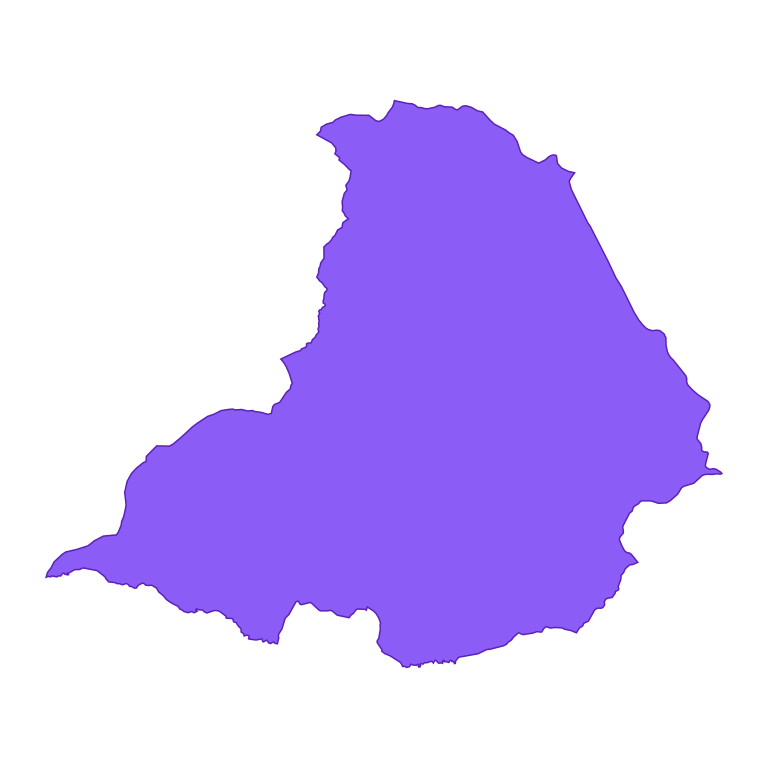 Iedera, Dâmbovita, Romania (Natural Earth projection)
{"feature_id": "2599482B64080351201146", "entity_name": "Iedera", "entity_type": "district", "adm_level": 2, "iso_a3": "ROU", "parent_name": "Romania", "parent_adm1": "Dâmbovita", "projection": "natural_earth1", "projection_center": [25.641, 45.048], "detail": "fine", "context": "isolated", "style": "filled", "palette": "violet", "viewbox_px": 768, "rotation_deg": 0, "n_neighbors": 0, "source": "geoboundaries", "source_scale": "gbopen_adm2", "svg_char_len": 6101}
<svg xmlns="http://www.w3.org/2000/svg" viewBox="0 0 768 768"><path d="M576.4,632.8L579.5,627.9L582.6,626.0L583.9,623.2L588.3,621.2L594.9,609.6L597.3,608.2L601.4,608.2L602.9,607.4L604.6,605.1L604.4,601.7L605.7,599.2L607.9,598.2L612.1,597.5L615.0,593.6L615.5,591.5L618.5,589.9L618.8,588.9L618.2,586.5L620.8,579.5L621.1,575.3L623.5,572.7L625.2,568.9L629.6,564.9L633.1,564.4L637.8,562.3L631.3,554.3L629.6,553.1L627.2,552.7L624.6,550.9L621.8,545.7L619.3,539.5L620.0,537.0L623.2,533.2L623.4,531.3L622.7,527.1L623.3,525.3L629.6,513.0L632.0,511.3L633.1,507.9L634.4,506.1L638.3,503.9L640.3,501.6L642.0,500.8L651.2,500.9L658.3,503.3L666.5,502.9L670.1,500.8L677.7,494.1L681.6,487.7L683.8,486.3L693.8,483.2L702.2,475.5L705.7,474.3L712.6,474.4L716.5,473.8L720.6,474.1L721.9,473.6L720.8,472.2L716.0,469.2L713.6,468.7L709.5,469.3L706.2,467.4L705.4,465.7L705.4,464.6L708.3,453.3L707.0,452.0L704.0,451.9L702.2,451.0L701.6,449.8L701.7,446.9L700.8,443.6L697.0,438.8L697.2,436.4L700.5,423.7L702.3,419.9L708.8,410.1L709.8,407.0L709.8,404.4L708.0,401.5L697.9,394.7L692.4,389.9L688.0,385.2L686.7,382.2L686.7,378.2L685.7,375.6L673.3,360.1L670.5,357.4L668.5,354.3L667.3,351.4L666.0,345.1L665.9,337.8L663.9,333.7L659.8,330.6L656.4,330.2L652.5,330.7L648.7,329.7L646.2,328.3L642.6,324.8L638.7,319.9L634.2,312.5L621.4,286.6L615.9,277.9L608.2,261.5L590.0,225.9L587.7,222.7L571.4,189.6L569.3,182.0L569.4,180.9L570.6,178.4L574.6,172.8L568.2,171.3L561.5,168.0L557.5,163.4L556.4,155.8L555.5,155.1L553.0,155.0L550.9,155.6L548.9,156.7L545.1,160.0L538.6,163.1L526.7,157.4L522.6,154.6L520.6,152.1L517.1,141.4L513.3,135.3L509.1,132.8L505.7,130.1L494.4,124.2L490.2,120.3L482.7,112.0L477.4,110.8L471.1,107.2L466.1,105.8L462.7,106.1L457.4,109.9L455.5,109.4L452.1,107.1L444.5,106.8L440.5,105.3L438.2,105.5L435.0,107.2L427.9,108.7L425.2,108.7L420.9,107.5L418.1,107.6L415.1,105.2L412.0,103.7L407.8,103.5L394.4,100.6L393.7,103.9L392.4,107.1L388.0,112.9L386.8,115.4L383.5,119.2L379.1,121.5L375.9,120.7L368.9,115.3L356.4,115.2L350.3,114.4L340.7,117.3L335.0,120.2L332.9,122.4L326.8,124.0L321.2,127.2L320.5,131.1L316.8,134.8L331.8,143.0L335.7,147.8L336.0,150.9L334.9,153.8L339.3,157.4L339.6,158.0L339.0,160.0L344.8,164.7L349.6,169.8L351.1,170.6L350.1,177.2L348.9,181.1L345.8,185.3L347.1,189.9L344.3,193.4L342.1,201.6L342.6,206.7L342.3,210.9L343.8,212.7L345.3,215.9L348.3,218.8L343.2,222.4L342.6,223.6L342.1,227.3L337.6,230.0L335.1,235.2L332.4,237.7L332.2,238.9L329.2,242.5L327.0,243.9L323.9,246.9L324.0,258.2L320.7,263.0L320.0,266.6L318.9,268.5L318.5,272.9L316.8,277.1L319.8,281.1L322.1,282.7L325.2,287.2L327.0,288.4L327.1,289.0L326.6,290.5L324.7,292.5L324.2,294.3L323.9,298.7L323.2,300.6L323.2,303.0L324.7,303.9L325.2,305.1L324.7,306.3L322.4,307.4L321.2,309.6L319.8,309.9L318.7,311.2L319.6,313.7L318.2,316.3L318.7,317.2L318.7,319.3L319.2,321.0L318.6,323.2L319.0,326.7L318.1,328.4L318.2,330.4L318.9,331.4L318.6,332.2L316.3,334.8L314.9,337.6L312.5,339.5L311.1,342.8L307.4,343.2L306.5,343.9L306.7,346.0L305.4,347.4L301.7,348.8L300.4,350.6L295.5,352.1L280.8,359.1L283.8,362.6L286.1,366.4L289.2,373.5L292.3,383.4L291.1,385.0L290.1,389.1L286.3,392.4L280.2,401.6L279.3,402.5L274.4,404.5L272.8,406.5L271.3,413.4L268.0,414.4L261.4,412.4L254.6,411.5L252.7,410.5L247.6,411.0L241.8,409.5L235.3,409.9L232.8,409.1L228.8,409.4L221.1,410.6L213.8,414.3L207.6,416.4L196.6,423.7L192.2,427.1L181.2,437.3L173.3,443.9L170.4,445.6L169.2,446.1L156.7,445.9L146.3,456.4L146.3,459.6L145.7,461.7L143.3,462.6L136.5,468.1L131.5,473.5L127.2,481.2L124.7,492.3L126.1,504.9L125.2,510.0L123.7,516.6L121.7,521.3L121.1,525.5L118.3,532.2L116.4,534.9L103.3,536.1L94.5,540.7L88.0,545.8L76.8,549.4L65.7,552.0L62.0,554.5L54.1,561.9L50.9,568.1L47.6,572.3L46.1,577.2L48.2,576.5L50.9,576.8L51.5,575.9L57.0,576.9L58.5,575.9L60.6,576.0L62.9,573.2L64.5,573.5L64.9,574.3L68.1,574.9L68.5,574.6L68.2,574.2L67.4,574.4L67.0,573.8L67.3,573.2L69.1,572.9L73.6,570.2L75.4,569.6L79.8,569.5L82.4,568.1L84.2,568.1L97.0,570.6L105.1,576.9L105.5,578.2L108.6,581.9L114.9,582.6L117.2,583.7L119.2,583.6L122.6,584.8L126.1,583.5L128.4,584.5L129.5,586.3L131.6,586.6L134.7,588.2L136.7,587.9L137.1,586.6L139.2,584.6L142.8,583.1L144.3,583.7L145.5,585.1L148.2,585.5L151.8,585.2L156.6,588.2L158.7,591.9L163.4,595.8L166.5,599.6L170.8,602.6L171.9,602.8L172.1,603.4L178.0,606.3L179.8,609.1L182.3,610.1L183.6,611.4L188.1,612.7L191.2,611.6L194.4,612.7L197.3,611.1L195.7,609.8L196.5,608.9L199.9,610.0L202.4,609.9L204.3,611.8L206.8,613.0L214.2,610.5L217.9,610.7L220.2,611.8L226.0,616.2L226.0,617.7L226.7,618.3L231.9,618.5L232.8,619.0L233.6,621.8L236.3,622.7L238.0,625.7L241.1,629.0L241.1,632.0L243.7,633.8L244.1,635.9L247.4,635.2L248.7,635.6L249.2,636.5L248.5,638.4L249.0,639.1L256.1,640.0L261.9,638.9L262.7,641.5L263.4,641.9L266.7,640.1L268.8,643.0L270.6,643.5L273.4,641.9L275.1,643.4L277.4,643.8L278.8,637.7L278.4,635.9L278.7,634.1L281.9,629.0L285.2,618.2L289.0,614.4L295.8,602.1L297.2,601.3L298.4,601.2L300.0,604.1L301.1,604.7L310.2,602.5L311.5,603.1L319.2,610.3L320.9,610.9L328.3,610.8L329.6,610.3L331.9,610.8L337.3,615.2L349.1,617.7L350.9,615.1L353.3,613.5L355.5,610.4L357.3,609.0L364.8,609.3L366.3,610.2L367.3,607.0L373.3,610.8L376.1,613.6L378.5,617.4L380.0,621.3L380.5,623.5L380.1,624.8L380.3,629.3L378.8,638.4L377.3,640.5L377.1,642.4L382.0,649.9L381.7,651.1L384.7,653.6L389.9,655.7L399.8,662.0L401.2,663.4L402.6,666.5L404.6,666.3L406.4,667.4L409.5,666.7L410.8,664.2L412.8,665.0L416.5,665.3L417.6,664.3L418.8,665.1L418.3,666.3L418.7,666.9L419.8,667.1L420.6,665.5L420.2,664.5L420.6,663.6L423.0,664.1L424.5,662.7L426.5,662.8L431.3,661.3L432.6,661.9L433.4,663.1L434.7,660.5L435.6,660.2L438.6,663.2L441.5,662.9L442.5,663.3L442.6,660.9L443.5,660.3L444.3,660.7L444.2,661.7L446.5,661.7L448.6,662.5L449.3,662.1L449.9,660.6L450.8,660.3L451.6,660.6L451.9,661.5L453.9,661.8L454.4,663.6L455.3,663.4L455.7,660.8L458.8,657.2L477.9,653.8L486.7,649.6L490.6,649.1L503.8,645.7L506.6,644.2L507.7,642.6L511.4,640.0L513.6,637.1L518.4,632.8L522.9,634.6L532.8,633.1L536.7,631.7L541.6,632.1L544.2,628.1L546.0,626.7L550.6,628.1L555.0,627.5L562.2,627.9L564.5,629.2L571.1,630.6L576.4,632.8Z" fill="#8b5cf6" stroke="#5b21b6" stroke-width="1.5"/></svg>